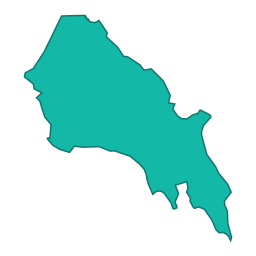 St. Mary's, Maryland, United States of America
{"feature_id": "52423323B54982247892787", "entity_name": "St. Mary's", "entity_type": "district", "adm_level": 2, "iso_a3": "USA", "parent_name": "United States of America", "parent_adm1": "Maryland", "projection": "orthographic", "projection_center": [-76.569, 38.273], "detail": "fine", "context": "isolated", "style": "filled", "palette": "teal", "viewbox_px": 256, "rotation_deg": 0, "n_neighbors": 0, "source": "geoboundaries", "source_scale": "gbopen_adm2", "svg_char_len": 1683}
<svg xmlns="http://www.w3.org/2000/svg" viewBox="0 0 256 256"><path d="M99.0,20.5L94.8,22.7L89.6,21.7L89.4,21.0L88.8,20.2L88.6,19.5L88.2,19.1L87.4,19.5L87.4,19.1L86.9,18.2L86.2,18.0L86.2,17.2L85.7,16.4L85.5,16.7L85.5,15.9L85.0,15.6L84.4,15.8L84.4,15.4L61.6,16.0L44.3,51.6L33.3,68.5L25.3,72.9L25.3,73.0L24.4,76.9L33.4,84.0L34.1,88.9L37.7,90.7L38.1,90.9L41.9,92.8L36.5,97.8L39.7,100.9L39.8,101.0L42.5,109.9L45.0,117.3L51.0,124.5L50.0,137.0L49.9,137.4L49.7,138.0L47.4,138.1L47.5,139.0L52.8,145.3L59.4,149.1L59.8,149.4L69.7,152.4L72.7,148.3L74.2,146.2L81.9,147.0L83.1,147.2L84.5,147.1L94.0,146.8L99.1,146.6L110.2,151.1L114.4,150.8L130.1,156.2L137.2,162.1L139.2,163.7L144.1,169.1L146.3,174.6L147.0,179.5L148.9,185.4L152.8,194.4L155.6,191.8L158.4,191.0L160.7,191.2L164.0,192.9L166.6,196.6L171.1,203.0L172.9,208.3L174.0,209.1L176.9,207.8L176.5,205.1L175.3,203.2L175.3,201.5L175.3,201.4L176.9,197.5L178.6,193.7L175.3,185.2L179.4,183.9L186.8,181.6L187.5,185.3L188.1,188.4L186.5,192.0L190.3,198.1L190.0,201.3L193.5,207.6L195.2,208.4L196.0,207.7L196.5,207.2L199.2,207.2L199.4,207.2L204.3,209.1L212.0,220.2L216.0,229.7L219.1,232.7L223.4,232.5L226.6,234.3L228.8,236.6L230.6,240.6L231.6,237.4L227.9,223.9L227.3,210.8L224.8,205.3L224.4,201.2L224.5,201.0L231.2,192.2L227.6,184.2L218.7,173.3L215.6,166.7L206.8,154.5L201.5,134.7L201.7,131.1L203.4,125.7L210.8,117.1L210.6,115.6L208.1,113.9L200.1,110.0L197.9,113.3L192.3,115.1L187.2,118.9L181.5,118.6L177.4,115.8L177.1,115.3L173.0,109.3L172.7,109.0L174.8,104.0L168.5,102.9L170.2,95.2L163.3,81.0L151.2,68.9L144.0,70.2L140.1,65.0L127.5,56.7L123.5,56.3L117.6,47.2L106.4,36.9L107.2,32.8L99.0,20.5Z" fill="#14b8a6" stroke="#0f766e" stroke-width="1.5"/></svg>